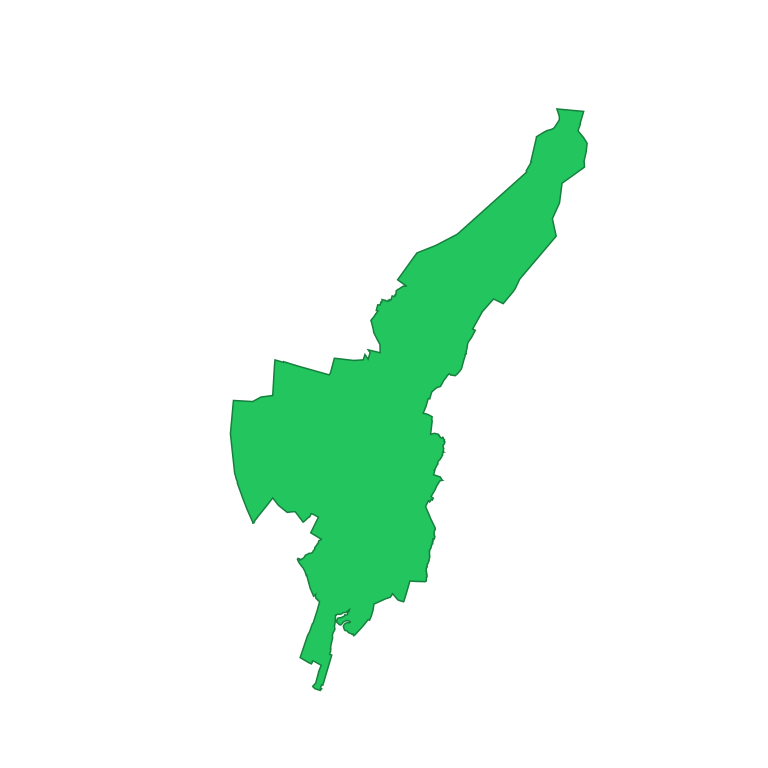 Toluca, México, Mexico, rotated 194°
{"feature_id": "50627088B786178294902", "entity_name": "Toluca", "entity_type": "district", "adm_level": 2, "iso_a3": "MEX", "parent_name": "Mexico", "parent_adm1": "México", "projection": "equal_earth", "projection_center": [-99.68, 19.284], "detail": "fine", "context": "isolated", "style": "filled", "palette": "green", "viewbox_px": 768, "rotation_deg": 194, "n_neighbors": 0, "source": "geoboundaries", "source_scale": "gbopen_adm2", "svg_char_len": 6104}
<svg xmlns="http://www.w3.org/2000/svg" viewBox="0 0 768 768"><g transform="rotate(194 384 384)"><path d="M306.9,307.4L313.9,308.0L313.8,312.7L314.4,312.7L313.7,314.1L313.2,317.4L312.5,318.9L312.3,319.7L312.9,320.4L312.8,321.8L312.4,322.2L312.4,322.7L312.2,323.4L311.4,324.1L311.3,324.7L311.0,325.2L310.9,326.2L310.5,326.7L310.2,328.7L309.9,329.1L310.5,330.3L310.1,331.0L310.3,332.0L309.7,332.3L310.4,332.4L310.4,332.9L310.1,333.4L310.5,334.9L310.4,335.9L311.3,337.0L311.6,337.7L311.6,338.5L311.8,338.8L311.1,340.2L310.9,340.9L311.1,341.1L310.9,342.6L311.1,342.9L311.8,342.9L311.8,344.4L312.3,344.4L313.6,346.3L314.0,346.6L314.8,345.5L316.1,345.6L317.3,346.8L317.3,346.6L317.7,346.7L318.8,348.0L319.3,348.4L323.3,348.3L326.6,346.5L328.3,359.9L328.9,360.5L329.4,363.9L333.2,364.9L335.2,365.2L338.9,365.1L337.8,372.3L337.7,376.7L337.6,380.5L336.0,380.6L335.8,387.5L335.1,388.8L333.0,391.9L332.0,392.8L331.6,393.7L329.1,394.8L328.4,395.8L328.4,396.4L327.7,398.3L327.0,401.5L325.3,405.4L324.7,407.1L323.5,409.5L323.1,409.7L321.2,408.7L320.8,409.1L317.0,409.2L315.4,411.3L313.6,414.9L312.5,417.4L312.3,427.7L312.1,429.4L312.2,431.6L312.4,432.5L311.4,433.1L312.0,434.4L312.1,435.5L312.1,438.5L312.5,442.4L312.5,444.2L312.2,445.5L310.3,450.5L308.4,458.2L311.3,458.7L306.1,477.9L298.3,493.0L287.8,490.8L281.0,504.8L279.7,508.4L277.7,518.6L252.7,569.1L260.6,585.1L257.5,602.1L259.8,621.9L241.9,643.0L243.8,648.8L244.0,658.5L245.2,666.8L250.0,671.4L256.9,676.5L256.8,679.2L256.3,683.8L256.7,684.4L256.2,696.8L282.8,692.7L278.9,686.6L278.3,684.9L277.9,683.0L277.9,682.3L280.5,674.7L281.4,673.0L283.4,671.4L287.2,669.3L289.9,666.9L295.9,660.8L295.7,659.2L295.3,634.9L294.8,634.9L297.6,625.3L296.9,624.1L349.1,547.1L367.5,530.8L383.7,519.2L386.0,513.6L396.0,488.4L386.2,484.5L386.9,484.0L387.5,484.0L388.1,483.6L388.6,483.7L389.4,483.3L389.6,482.8L390.3,482.3L392.4,479.9L393.5,479.0L394.8,477.1L394.4,476.1L394.3,473.2L394.8,473.2L394.8,471.6L397.4,471.4L397.5,467.4L398.7,467.4L398.7,466.4L400.1,466.5L400.1,465.1L402.9,465.2L402.9,465.5L406.3,465.4L406.1,465.1L406.1,462.6L406.9,462.6L406.9,459.6L409.2,459.4L409.3,453.4L407.4,453.4L408.6,450.8L409.1,449.4L409.2,449.5L410.1,446.5L410.4,446.4L410.7,445.5L410.7,445.2L411.0,444.4L411.4,444.3L412.1,442.5L411.0,440.8L407.6,434.3L406.3,431.3L400.7,424.8L397.5,421.4L395.3,413.4L407.6,413.3L405.1,411.1L405.4,404.3L409.6,408.0L410.0,402.4L419.2,399.5L438.4,397.0L438.6,382.2L438.9,380.9L439.5,379.6L472.6,380.6L486.8,381.4L486.8,380.7L495.6,381.0L494.5,374.1L489.2,345.9L500.2,341.6L507.2,335.2L526.1,331.6L521.0,298.6L507.2,260.9L506.7,260.5L504.6,256.4L502.4,253.4L502.5,252.6L493.0,238.4L486.5,229.2L478.2,218.5L477.6,217.3L476.8,217.6L476.5,218.2L476.2,220.5L474.9,223.1L475.0,223.2L467.9,238.5L464.4,246.5L457.2,240.8L446.9,236.0L441.0,238.2L439.1,238.5L429.1,230.4L428.6,230.9L427.7,232.1L425.0,236.3L424.1,236.9L423.9,237.3L423.3,240.6L421.0,240.4L415.4,238.9L419.1,221.9L407.5,218.3L407.3,218.4L407.3,217.7L409.3,216.2L409.4,215.6L409.4,213.3L410.2,212.3L410.2,211.7L411.7,208.2L411.3,207.5L411.2,207.0L412.3,205.1L412.6,203.4L413.6,202.2L415.9,201.5L417.0,200.3L418.4,199.4L419.1,198.1L419.7,196.0L422.4,193.2L423.2,192.7L423.6,193.4L423.5,193.8L425.3,194.0L425.6,193.0L423.7,190.5L419.9,187.3L418.1,186.0L415.6,183.3L413.1,179.4L412.8,179.8L406.1,167.8L401.0,161.1L399.5,163.1L399.6,161.8L398.6,160.6L398.3,159.7L396.8,158.8L396.3,158.9L395.8,158.0L394.6,157.6L393.8,157.0L394.1,147.4L394.9,135.2L395.5,134.1L396.3,125.4L397.3,121.5L399.2,98.2L389.3,95.3L386.7,94.9L386.5,95.9L386.3,96.2L386.5,97.6L386.4,97.9L385.5,98.2L376.9,95.9L377.7,90.3L377.9,77.3L379.7,74.1L380.0,73.2L377.4,71.7L371.7,71.2L370.8,73.2L372.1,73.3L371.8,76.9L370.5,77.0L369.1,108.3L371.4,108.6L371.1,111.6L371.6,114.4L371.9,114.3L372.3,118.0L372.4,125.2L373.3,127.7L373.2,130.1L372.3,134.0L372.6,135.1L373.4,136.6L373.9,142.5L374.4,144.1L374.6,145.9L375.1,147.5L374.8,148.3L374.2,148.3L374.0,149.0L373.3,149.4L371.1,149.8L369.9,150.4L368.2,152.2L367.2,152.7L365.6,153.0L365.0,154.1L364.0,155.4L363.4,156.5L362.9,157.0L362.8,155.5L363.0,154.7L364.0,153.2L363.6,151.9L363.9,151.2L364.7,150.7L366.2,150.6L366.2,149.5L366.9,148.6L367.6,148.3L368.7,147.2L371.5,146.0L372.2,145.5L372.6,144.3L372.7,143.3L372.1,141.3L371.4,140.9L370.6,140.7L369.4,139.8L368.1,139.6L367.6,139.8L366.3,141.8L366.1,142.9L363.3,145.4L362.4,145.4L361.6,145.8L360.3,145.3L359.3,145.3L359.0,145.0L360.0,143.8L362.2,143.6L363.9,141.9L364.7,140.1L364.8,138.9L364.5,138.3L362.9,135.9L362.2,135.4L360.0,135.5L358.9,134.5L357.9,134.0L356.3,134.0L354.5,133.4L353.6,133.8L353.6,133.4L352.4,132.5L352.2,133.1L351.8,133.2L351.4,133.7L347.0,141.8L345.3,145.1L342.4,151.5L340.9,151.3L340.2,155.7L339.9,161.9L340.5,168.0L330.3,176.1L326.4,178.5L326.1,179.1L326.0,179.7L325.7,180.0L325.3,181.4L325.4,182.0L325.0,182.7L318.4,177.9L316.9,177.6L312.3,177.4L312.1,178.5L311.6,187.9L311.2,199.1L304.6,200.3L296.1,202.2L295.3,203.1L296.0,206.5L295.8,206.6L295.9,207.4L295.6,208.0L296.3,209.2L296.9,209.7L296.8,210.0L296.5,210.0L297.2,211.6L297.2,211.9L297.7,212.3L297.8,213.2L298.2,213.7L298.3,214.7L298.2,214.8L298.4,215.9L298.1,216.1L298.1,217.4L297.9,217.4L298.4,218.5L298.2,219.5L298.3,219.9L298.0,220.1L297.7,222.9L297.4,223.4L297.9,224.3L297.9,225.0L297.7,225.2L297.7,225.8L297.9,228.1L298.0,228.4L298.5,228.6L298.7,230.3L299.1,230.8L299.1,231.5L299.1,232.3L299.6,232.7L299.7,232.9L299.4,233.3L299.6,233.7L299.6,234.2L299.1,234.8L299.0,235.6L298.8,236.0L298.8,237.3L298.7,237.8L299.0,238.1L298.7,239.3L298.7,240.0L298.5,240.4L298.1,240.6L298.2,241.4L298.6,241.6L298.5,241.9L298.9,242.1L298.3,243.5L298.7,243.6L298.9,244.0L298.9,245.2L298.7,245.1L298.6,245.9L297.8,245.7L297.7,247.4L297.8,248.4L298.2,248.5L298.5,249.7L299.0,249.9L299.0,250.7L299.4,251.6L299.5,253.3L299.4,254.3L299.0,255.1L299.4,256.0L299.4,256.6L306.5,265.1L307.6,266.7L314.0,275.1L312.7,281.4L311.2,280.6L310.9,281.9L310.6,281.8L310.1,283.5L309.0,283.1L308.5,285.1L311.1,286.1L308.7,294.4L308.4,297.1L307.5,299.7L307.4,300.6L307.0,301.0L306.8,302.6L306.1,303.7L304.0,304.7L304.3,304.8L306.9,307.4Z" fill="#22c55e" stroke="#15803d" stroke-width="1.5"/></g></svg>